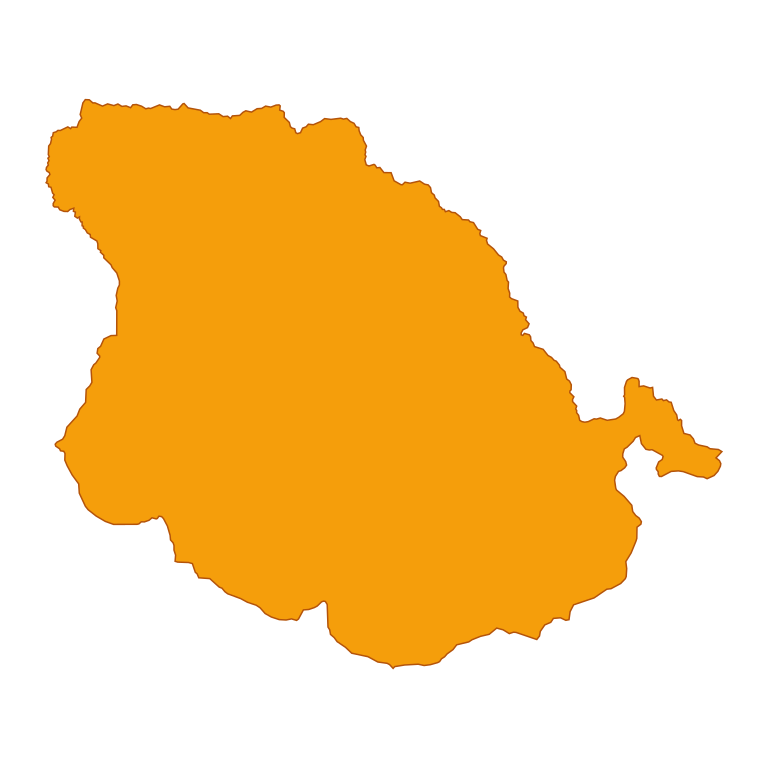 outline of Buesaco, Nariño, Colombia
{"feature_id": "7082276B67005743436838", "entity_name": "Buesaco", "entity_type": "district", "adm_level": 2, "iso_a3": "COL", "parent_name": "Colombia", "parent_adm1": "Nariño", "projection": "albers", "projection_center": [-77.119, 1.318], "detail": "fine", "context": "isolated", "style": "filled", "palette": "amber", "viewbox_px": 768, "rotation_deg": 0, "n_neighbors": 0, "source": "geoboundaries", "source_scale": "gbopen_adm2", "svg_char_len": 6030}
<svg xmlns="http://www.w3.org/2000/svg" viewBox="0 0 768 768"><path d="M200.3,110.2L188.1,107.9L184.1,103.5L182.8,103.9L178.1,109.2L175.0,109.6L171.8,109.1L169.8,106.3L164.6,106.8L159.5,104.9L150.7,108.5L148.4,108.1L145.8,108.8L141.6,106.2L136.4,104.5L132.8,104.8L130.6,107.7L126.1,105.9L121.9,106.4L117.9,104.0L113.9,105.6L107.6,103.9L102.5,106.1L95.1,102.9L92.8,102.9L89.3,99.8L85.3,99.6L82.9,102.9L80.2,114.5L81.7,118.1L79.1,121.6L77.0,127.3L71.8,127.1L70.6,128.6L67.8,126.9L60.3,130.5L57.9,130.4L56.2,131.8L53.3,132.7L52.6,136.3L51.1,137.4L51.5,139.3L50.5,143.6L48.7,146.0L48.3,154.6L49.3,156.7L47.9,158.2L49.0,160.7L47.7,162.9L48.3,165.1L46.5,167.4L46.1,169.6L46.9,171.1L49.3,172.6L49.9,174.5L47.1,177.9L47.0,181.3L46.1,182.7L48.4,184.0L48.7,186.7L51.0,187.3L52.6,193.1L54.1,194.7L52.8,197.4L55.1,200.2L53.2,203.5L53.2,205.7L54.3,206.9L58.2,207.1L59.8,209.8L64.0,211.4L67.7,211.5L70.0,209.5L73.8,208.2L73.4,211.3L75.4,212.1L74.8,216.3L77.4,218.1L79.5,216.9L79.4,219.0L81.0,222.0L82.1,222.0L82.1,225.8L83.4,226.3L83.3,228.0L85.4,229.6L87.3,232.9L90.2,234.5L90.5,237.2L96.9,241.0L97.8,243.7L97.9,248.7L100.8,250.6L100.4,252.2L103.8,255.3L103.8,257.8L111.0,264.8L112.2,267.6L116.8,273.0L119.4,280.9L119.4,285.0L117.8,288.2L116.2,295.5L117.2,301.0L115.7,307.7L116.8,310.7L116.7,335.4L111.0,335.6L103.9,339.0L100.6,346.3L97.8,348.6L97.1,353.2L99.7,356.0L99.7,357.4L95.9,363.0L93.7,364.8L91.1,369.7L91.9,382.3L89.8,385.9L86.2,389.5L85.6,402.4L79.8,409.1L77.1,416.0L66.9,427.2L64.8,435.7L62.6,439.2L56.9,442.2L55.2,444.2L55.7,446.1L59.6,448.8L60.5,450.8L63.8,451.3L65.0,453.5L64.8,460.1L67.2,465.8L72.2,475.0L78.7,483.9L79.3,493.2L85.4,506.3L88.1,509.7L96.1,516.0L105.3,521.4L113.6,524.4L137.0,524.3L138.9,523.9L141.3,521.8L144.4,521.9L149.0,520.3L152.0,517.8L156.2,518.9L157.3,518.5L158.9,516.2L161.6,516.6L163.5,518.6L167.4,526.0L170.1,535.3L170.5,539.9L173.1,542.8L174.0,545.5L174.0,550.1L175.6,555.1L175.1,561.3L177.7,562.1L188.6,562.5L192.4,563.6L195.3,572.3L197.1,573.8L198.8,577.8L209.8,578.6L219.2,587.1L222.0,588.2L224.9,591.7L227.7,593.8L240.7,598.6L247.5,602.3L256.2,605.2L260.1,607.8L265.1,613.5L271.3,617.0L279.2,619.6L286.1,620.0L291.5,618.9L296.6,620.4L298.5,619.0L303.4,609.9L308.7,609.5L314.3,607.6L317.3,606.0L321.6,601.8L323.7,601.1L325.4,601.5L327.2,604.5L328.0,627.1L329.7,629.8L330.5,634.4L334.2,637.6L337.1,641.6L345.5,647.3L351.7,653.2L368.0,656.7L377.8,662.0L387.1,663.3L389.6,664.6L393.1,668.4L394.7,666.6L404.6,665.0L418.2,664.2L424.1,665.5L430.3,664.7L437.7,662.6L439.6,661.6L441.5,658.8L444.6,656.8L447.1,653.9L453.0,649.6L456.7,644.8L468.8,641.9L472.1,639.7L480.6,636.3L489.2,634.3L496.7,628.1L503.1,629.8L509.3,633.6L513.5,632.2L516.0,632.4L536.8,639.5L539.5,636.0L540.3,631.4L544.8,624.9L550.8,622.3L553.4,618.4L560.5,617.8L565.8,620.3L569.0,619.7L570.1,611.7L573.6,604.8L594.1,597.9L606.8,589.2L611.0,588.7L620.7,583.5L625.3,578.7L626.2,576.5L626.7,568.6L625.8,561.6L631.1,553.0L635.9,541.3L636.8,538.4L637.0,527.2L640.9,524.2L641.4,521.7L639.2,518.1L635.7,515.5L632.7,511.5L631.8,505.3L624.1,496.4L616.6,490.1L615.8,488.4L614.6,480.2L615.4,476.4L618.5,471.4L621.0,470.6L624.7,467.8L626.6,465.1L625.7,461.6L622.7,457.1L622.8,453.8L624.3,448.9L627.1,447.2L633.2,441.2L635.5,437.5L639.8,435.6L641.4,443.6L645.9,449.3L649.3,450.0L652.1,449.7L662.3,455.3L663.1,456.5L662.2,459.5L658.7,461.9L656.2,467.9L656.4,469.4L658.2,471.7L658.2,474.0L659.4,476.4L661.5,476.5L671.2,471.4L678.4,470.9L683.2,471.6L697.2,476.6L703.5,477.0L707.1,478.7L714.1,475.5L717.9,471.3L720.4,466.2L720.8,463.6L719.4,460.6L716.0,457.9L721.9,451.6L718.4,449.5L710.0,448.7L707.1,446.8L698.6,445.0L695.0,443.2L693.4,438.9L690.1,435.0L683.9,433.4L681.6,425.8L681.6,420.5L680.3,419.3L678.5,420.5L677.6,419.9L676.7,414.9L673.8,410.6L671.2,402.3L668.9,401.9L666.6,399.9L663.4,400.6L661.9,399.0L656.4,400.0L653.5,396.2L652.6,387.4L650.0,388.0L643.7,385.9L639.1,386.6L639.1,381.3L638.3,379.0L637.2,378.4L632.0,377.5L627.6,379.9L626.5,381.3L624.5,387.5L624.6,394.9L623.7,396.3L624.6,397.3L625.1,403.7L624.4,411.4L623.2,413.8L618.9,417.2L615.7,419.0L607.2,420.3L600.3,418.0L596.5,419.1L594.1,418.8L588.3,421.6L584.8,422.2L581.9,421.6L579.7,420.3L578.6,415.3L576.6,412.7L576.7,410.5L575.7,409.0L576.7,406.1L572.6,401.6L572.6,399.3L573.9,396.8L569.8,392.7L569.9,391.0L571.1,389.8L571.3,384.8L569.5,381.1L566.7,379.0L564.9,371.6L560.0,367.3L559.4,365.1L556.3,361.2L554.1,360.3L551.5,357.4L548.0,355.5L543.1,349.3L534.5,346.6L533.1,343.0L530.9,340.5L530.6,336.8L529.3,334.8L524.4,333.4L522.8,335.4L521.2,334.8L521.2,332.8L522.9,329.8L527.5,327.6L529.1,323.8L525.6,319.8L526.4,317.1L524.0,315.7L523.3,313.1L520.0,311.2L517.9,307.3L517.8,301.0L511.4,298.6L509.6,297.0L509.7,293.1L508.1,288.5L508.5,282.1L507.1,280.4L505.9,274.5L504.0,272.1L503.5,268.0L503.8,266.4L506.2,263.6L506.3,261.8L503.4,260.1L501.7,257.0L498.5,255.0L493.6,248.9L487.6,244.0L486.5,240.4L487.1,238.3L480.4,235.6L479.8,233.7L480.7,230.5L477.7,229.3L473.5,222.6L469.9,221.7L468.5,220.0L462.2,219.6L460.3,216.8L455.1,212.7L451.7,212.4L448.9,210.6L445.4,211.7L444.3,209.4L442.4,209.4L441.5,207.8L439.4,206.3L438.5,201.4L435.0,197.8L434.3,195.1L431.5,192.7L430.5,187.6L428.2,184.9L424.6,184.2L419.7,181.0L410.1,183.2L405.0,182.2L402.4,184.7L401.0,184.7L394.1,180.8L391.1,172.7L383.9,172.6L379.9,167.5L376.8,167.8L375.1,165.1L374.0,164.4L369.0,166.0L366.3,164.9L364.8,159.6L366.0,156.3L365.0,154.8L365.7,152.1L365.2,150.0L366.5,146.1L363.4,140.3L363.2,137.5L360.7,134.8L359.1,130.7L358.8,127.5L356.1,126.8L354.0,123.3L350.4,121.6L346.8,118.4L343.5,119.1L340.7,118.2L331.0,119.4L324.6,118.6L320.6,121.6L313.3,124.7L308.4,124.2L306.1,126.8L302.6,128.1L300.5,132.7L297.4,133.6L295.8,132.7L294.7,128.8L292.1,128.1L290.4,126.7L289.3,122.4L284.2,117.4L284.3,112.7L283.2,111.3L279.7,110.1L280.2,105.9L279.1,104.9L276.1,105.1L270.8,107.1L265.6,106.1L261.7,108.4L257.1,108.7L251.5,112.1L245.8,110.8L243.0,112.3L239.7,115.4L232.4,115.9L230.5,118.5L227.6,116.2L223.1,116.6L218.8,113.8L209.3,114.2L207.2,112.7L203.7,112.7L200.3,110.2Z" fill="#f59e0b" stroke="#b45309" stroke-width="1.5"/></svg>